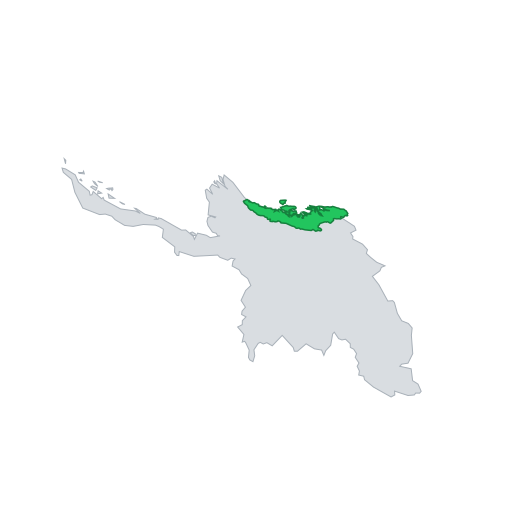 location of Rakhine within Myanmar, rotated 125°
{"feature_id": "MMR-3273", "entity_name": "Rakhine", "entity_type": "State", "adm_level": 1, "iso_a3": "MMR", "parent_name": "Myanmar", "parent_adm1": "", "projection": "robinson", "projection_center": [93.662, 19.414], "detail": "fine", "context": "in_parent", "style": "filled", "palette": "green", "viewbox_px": 512, "rotation_deg": 125, "n_neighbors": 0, "source": "natural_earth", "source_scale": "10m", "svg_char_len": 9725}
<svg xmlns="http://www.w3.org/2000/svg" viewBox="0 0 512 512"><g transform="rotate(125 256 256)"><path d="M324.7,230.3L320.1,227.9L316.8,230.1L311.6,229.3L312.2,234.2L309.2,235.8L304.0,235.3L300.9,242.8L290.1,244.7L283.1,243.3L279.2,249.9L279.0,257.5L277.0,262.0L277.9,269.8L273.3,271.9L270.5,271.5L272.0,275.1L275.7,276.7L277.8,284.8L277.2,287.9L291.9,306.7L296.4,321.4L299.9,319.5L300.9,321.0L299.6,324.9L295.1,327.8L294.5,343.4L287.2,347.2L287.5,352.4L288.4,356.1L294.9,366.5L302.2,373.6L306.3,381.2L307.1,392.2L306.1,396.9L308.1,403.5L311.8,407.9L316.1,425.4L307.7,440.9L299.0,451.0L298.0,461.8L295.2,465.3L293.9,461.9L293.2,450.7L297.4,443.6L298.6,429.7L301.3,426.8L299.9,425.5L296.5,426.4L297.6,415.3L295.7,414.8L297.3,412.4L295.1,393.9L288.4,380.8L287.5,375.2L286.5,382.8L285.8,381.3L285.5,371.0L281.6,359.8L282.0,358.8L283.8,359.8L282.2,357.2L280.8,357.8L279.7,355.1L277.5,331.8L275.0,328.5L275.9,318.5L277.7,316.0L270.8,317.0L267.5,308.6L267.2,304.0L260.2,297.0L261.4,299.2L260.2,301.5L261.4,305.4L258.6,312.8L255.7,316.1L251.9,317.5L249.0,315.4L248.3,311.5L247.1,311.4L249.8,318.8L238.6,325.1L237.0,329.5L231.2,335.3L229.4,334.6L230.3,326.8L227.0,333.0L222.3,333.1L221.3,324.8L219.4,329.7L216.7,331.2L217.5,317.3L216.7,321.3L212.3,326.8L207.9,328.6L208.9,317.2L214.7,299.1L215.2,293.1L212.0,278.7L206.8,266.5L208.3,266.3L204.8,262.9L204.3,253.9L202.3,257.1L202.0,262.7L197.6,259.8L193.4,252.0L195.1,251.3L200.0,255.0L202.7,252.9L203.4,250.4L195.7,242.7L197.6,239.6L195.1,239.6L188.6,236.0L186.7,236.6L187.5,239.9L186.2,240.8L183.6,235.9L185.5,233.4L183.9,233.3L184.9,229.0L184.3,228.3L181.3,234.1L179.5,232.7L181.4,229.8L180.6,228.1L177.8,224.7L178.1,230.8L171.3,221.2L167.4,208.0L170.4,204.7L175.7,208.6L175.2,192.4L177.5,188.9L182.9,191.8L184.5,187.7L186.6,186.6L185.2,175.5L186.9,168.3L190.6,167.1L191.4,161.3L191.9,153.4L190.1,144.7L193.4,146.8L197.1,146.0L205.9,149.0L209.1,138.8L217.3,122.2L214.2,118.4L214.7,116.0L221.9,107.3L225.5,99.5L223.9,92.5L225.4,86.8L231.9,83.2L246.1,71.6L256.6,70.0L261.0,74.6L263.9,75.0L259.4,64.2L268.3,56.2L268.0,49.8L272.1,43.1L274.5,43.3L276.7,46.6L279.0,46.6L283.1,51.5L287.2,65.0L290.2,62.6L294.0,64.5L296.0,84.5L295.1,96.1L292.7,98.8L294.6,103.6L290.9,105.3L288.3,109.9L284.6,110.3L282.1,116.6L278.3,117.6L276.3,122.5L276.8,126.3L273.8,128.5L272.8,134.9L275.5,137.5L276.3,140.9L273.5,148.2L275.9,148.5L286.3,143.6L293.6,144.6L298.5,143.4L295.4,148.3L298.5,154.8L299.2,164.6L310.2,167.4L312.0,170.0L309.6,173.0L306.0,189.0L320.3,191.2L320.8,197.4L323.9,199.6L324.3,203.0L326.3,204.1L334.0,203.9L338.5,199.8L344.3,197.9L344.7,201.4L343.4,204.0L337.0,207.6L332.8,214.9L332.5,216.5L334.5,217.9L327.2,220.9L324.7,230.3ZM197.8,247.7L202.3,250.6L201.5,252.8L198.6,253.0L196.4,249.1L197.8,247.7ZM289.9,404.9L292.9,409.6L290.0,412.7L289.9,404.9ZM197.3,267.6L194.9,265.9L193.3,263.5L198.4,263.5L197.3,267.6ZM294.2,424.9L294.3,431.0L292.5,430.3L291.3,425.2L294.2,424.9ZM214.8,328.6L211.7,332.5L211.2,329.1L215.5,324.3L214.8,328.6ZM274.8,323.2L272.9,322.0L272.6,318.5L274.1,317.5L275.2,319.2L274.8,323.2ZM288.2,432.3L287.8,430.3L289.7,425.4L289.4,429.7L288.2,432.3ZM287.2,443.7L289.7,448.3L289.3,449.2L286.9,445.6L285.4,445.9L287.2,443.7ZM295.9,421.4L293.2,422.7L293.0,418.5L295.9,421.4ZM289.7,464.9L286.3,468.9L286.7,466.7L289.7,464.9ZM182.8,236.5L184.1,241.5L181.9,235.6L182.8,236.5ZM289.9,395.3L289.8,399.0L288.9,392.9L289.9,395.3ZM193.3,240.0L193.8,243.2L191.8,238.7L193.3,240.0ZM286.4,417.0L284.4,415.1L285.1,413.7L286.1,414.0L286.4,417.0ZM285.0,411.5L283.7,414.0L282.4,412.5L283.5,411.4L285.0,411.5ZM285.3,426.5L285.4,428.7L283.9,423.6L285.3,426.5ZM219.5,333.1L218.1,333.0L220.0,330.5L220.2,331.5L219.5,333.1ZM294.7,444.1L293.4,443.7L294.4,441.3L294.7,444.1Z" fill="#d9dde1" stroke="#a8b0b8" stroke-width="1"/><path d="M175.1,209.1L175.5,209.0L176.0,208.7L176.4,208.3L176.6,207.9L176.5,207.7L177.1,207.9L178.1,209.7L179.3,211.2L180.4,213.4L181.0,213.9L181.3,213.8L182.0,213.1L182.4,212.9L186.2,213.7L186.6,214.3L186.8,216.6L186.9,217.0L187.1,217.3L188.0,217.9L188.2,218.7L188.5,219.1L191.8,221.6L193.0,222.2L193.5,222.3L194.5,222.0L195.5,222.4L196.9,221.6L197.1,221.2L196.5,219.7L196.6,218.1L196.8,217.5L197.3,217.2L198.2,217.4L198.5,217.7L199.0,218.8L199.5,220.2L200.5,220.4L201.5,221.5L201.5,224.3L201.7,224.7L203.1,225.1L203.6,225.7L206.5,231.0L207.5,233.8L208.5,235.0L208.4,236.5L208.7,237.2L209.7,238.2L210.2,239.1L209.9,241.4L210.8,243.7L212.0,250.1L214.5,254.4L214.5,255.0L214.2,255.1L214.0,255.4L214.0,255.9L214.5,257.8L214.8,258.2L215.4,258.3L216.0,258.7L217.0,259.9L217.7,261.7L218.0,262.2L218.3,262.2L219.1,263.4L219.4,264.2L219.3,264.7L218.7,265.0L218.0,265.1L217.7,265.4L217.9,265.8L218.8,266.7L219.2,267.4L219.1,267.9L218.4,268.6L218.2,269.0L218.9,271.0L218.6,272.6L219.5,274.4L220.1,275.1L220.9,276.9L221.1,277.9L221.2,279.2L220.8,281.0L220.9,283.3L220.5,284.3L220.5,284.6L220.6,285.2L221.4,286.7L221.4,287.1L221.0,289.5L220.7,290.2L219.7,291.5L219.6,291.9L219.4,295.5L219.1,296.3L218.5,297.6L218.1,297.7L217.3,297.0L216.1,296.6L214.8,295.6L214.8,294.6L214.5,293.7L214.6,292.8L214.9,293.0L215.7,293.7L215.2,292.6L215.3,292.1L214.7,291.0L214.5,289.5L214.3,289.0L213.4,288.2L213.2,287.5L213.1,285.5L212.3,283.9L212.3,283.6L212.4,283.2L213.0,282.9L213.2,282.7L213.2,281.6L212.6,280.5L212.5,279.7L212.1,279.1L211.8,277.7L211.5,277.5L210.2,277.6L209.9,277.2L210.0,276.4L210.4,276.6L210.7,276.5L211.2,276.8L211.7,276.1L211.2,275.0L210.4,274.7L210.0,273.6L208.6,271.7L208.3,271.0L208.6,271.0L208.6,270.8L208.4,268.7L206.4,266.6L206.4,266.4L206.5,266.4L206.9,266.7L207.6,266.7L209.0,266.4L208.5,266.1L208.0,266.5L207.7,266.3L206.5,264.5L206.4,263.4L206.1,263.9L206.1,264.5L205.8,264.6L205.0,264.2L204.8,263.9L204.5,264.1L204.2,263.7L204.1,263.0L204.2,262.3L204.5,261.9L204.2,261.1L204.3,260.5L204.7,259.5L204.6,259.0L205.3,258.4L204.4,258.6L204.0,258.4L204.2,257.6L204.1,256.6L204.5,255.4L204.3,253.5L204.8,252.4L204.9,251.9L204.8,251.5L204.0,253.2L203.9,253.9L204.1,255.8L203.3,256.8L202.9,257.1L202.4,256.8L202.2,255.8L202.0,255.6L201.7,256.1L201.7,256.6L202.5,257.5L202.4,258.2L202.5,259.7L203.1,261.2L202.9,262.2L202.4,262.8L202.2,263.0L202.3,263.4L202.1,263.7L201.6,263.1L200.8,262.8L199.7,261.7L198.2,260.9L197.6,260.0L197.1,260.0L196.8,259.4L196.9,258.9L196.3,257.4L195.4,256.4L194.8,255.2L193.2,252.8L193.2,251.5L193.3,251.1L194.1,250.6L194.6,250.6L194.9,251.1L195.7,251.2L196.1,251.9L196.2,252.5L195.9,252.8L196.8,253.5L197.8,253.7L197.9,254.3L198.6,254.8L199.4,255.1L200.1,255.0L202.0,253.6L202.4,253.1L202.4,252.6L202.7,252.5L203.2,251.6L203.1,250.4L203.2,250.0L203.1,249.8L202.4,250.0L201.9,249.9L201.7,249.6L201.8,249.4L202.2,249.2L201.1,249.0L199.3,247.4L199.0,246.7L198.3,246.3L198.1,246.0L198.2,245.5L198.6,245.3L199.5,245.4L199.3,245.0L200.0,244.0L199.6,243.4L199.1,244.6L198.7,245.0L198.1,244.9L197.9,244.8L197.7,244.1L197.8,243.4L198.3,243.2L198.5,242.9L197.9,242.9L197.3,243.9L196.5,243.9L196.2,243.6L196.2,243.1L195.8,243.9L195.5,244.0L195.5,242.5L195.6,242.2L196.7,240.5L197.1,240.2L198.2,240.3L198.0,239.7L198.4,239.5L198.3,239.3L197.8,239.0L197.6,239.5L195.7,239.6L195.5,240.1L195.1,240.3L194.4,239.8L194.8,239.5L193.9,239.0L194.1,238.7L193.8,238.5L193.7,238.3L193.8,238.0L194.1,237.9L194.0,237.6L193.6,237.9L193.4,238.4L192.9,237.9L192.7,238.6L192.4,238.7L192.0,238.4L191.8,238.1L191.2,236.1L191.2,235.6L191.0,236.9L190.8,237.0L190.3,235.2L190.2,235.2L189.8,236.1L189.0,236.5L187.4,236.1L187.1,236.4L186.5,236.0L186.1,235.4L186.2,235.9L186.7,237.0L187.1,238.6L188.3,241.1L188.3,241.7L187.9,241.3L187.6,240.7L186.5,237.7L186.2,237.4L185.8,237.7L185.6,238.4L185.7,239.2L186.1,240.0L186.3,241.0L186.9,242.0L186.1,241.1L185.8,240.5L184.8,238.7L184.4,237.3L183.2,235.8L183.0,234.6L183.4,234.7L184.4,234.6L184.7,234.5L185.2,233.7L185.3,234.2L185.5,234.2L186.0,232.7L185.4,232.8L184.5,233.7L184.0,234.2L183.4,234.0L183.3,233.3L183.6,232.1L184.0,231.7L184.4,230.0L184.7,229.6L185.2,229.4L185.4,228.9L185.6,227.7L185.2,228.1L185.0,229.0L184.8,229.3L184.5,229.2L184.2,228.2L184.2,227.7L185.3,225.4L185.1,224.9L184.8,225.8L184.1,227.2L184.1,229.2L183.9,230.2L183.5,231.0L182.3,232.7L181.6,234.5L181.2,234.8L179.1,233.0L179.2,232.3L179.6,231.7L180.9,230.7L182.5,230.2L181.5,230.1L181.2,229.6L180.6,229.0L180.4,228.7L180.2,226.3L179.9,226.0L179.5,226.0L179.6,226.5L179.4,227.0L179.0,227.2L178.8,226.8L179.2,226.7L178.7,226.2L178.4,224.7L178.1,224.0L176.9,222.1L176.4,221.6L177.8,224.4L178.0,226.2L178.4,227.4L178.3,228.8L178.4,231.2L178.3,231.7L177.6,230.5L176.7,228.0L176.3,227.4L174.5,225.5L174.3,225.2L174.1,224.1L173.8,223.7L173.1,222.9L172.8,222.3L172.3,222.2L171.4,221.6L169.9,216.6L169.4,215.7L169.2,213.6L169.1,213.3L168.3,212.6L168.0,211.9L167.6,211.4L167.3,210.7L167.5,209.2L167.4,208.3L167.5,207.5L168.0,206.6L168.5,205.2L169.5,205.2L170.2,204.2L170.9,204.4L171.1,204.8L171.4,205.9L171.8,206.2L173.1,206.5L173.7,206.3L174.2,206.5L174.6,207.4L174.9,208.8L175.1,209.1ZM202.8,250.9L202.9,251.7L202.8,252.1L202.2,252.5L201.8,253.2L201.2,253.6L201.0,253.3L200.7,253.4L200.7,254.0L199.5,254.1L198.9,253.6L198.5,252.8L198.0,251.6L198.0,251.4L198.2,251.2L198.1,250.9L196.9,250.2L196.3,249.2L196.6,249.1L196.5,248.7L197.2,247.6L197.9,247.7L199.9,249.7L200.6,249.4L201.0,249.5L202.6,250.5L202.8,250.9ZM198.4,265.0L198.6,266.0L198.4,267.1L198.1,267.5L197.7,267.8L197.3,267.9L196.4,267.8L193.5,264.1L193.2,263.3L195.0,263.1L195.5,262.9L195.9,262.5L196.7,263.3L197.6,263.4L198.3,263.4L198.5,263.5L198.5,264.1L198.4,265.0ZM193.6,242.0L193.8,242.7L193.7,243.4L192.6,242.4L192.3,241.9L191.7,239.4L191.6,238.7L192.0,238.7L192.4,239.0L192.9,239.7L193.5,240.2L193.6,240.5L193.6,242.0ZM182.5,236.0L183.9,239.7L184.1,241.5L183.6,239.7L182.1,236.8L182.0,236.3L181.8,236.1L181.8,235.6L182.1,235.6L182.5,236.0Z" fill="#22c55e" stroke="#15803d" stroke-width="1.5"/></g></svg>